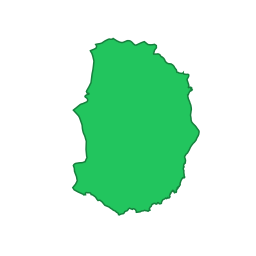 Kutai Barat, Kalimantan Timur, Indonesia (Albers equal-area conic projection), rotated 219°
{"feature_id": "22746128B93368126922918", "entity_name": "Kutai Barat", "entity_type": "district", "adm_level": 2, "iso_a3": "IDN", "parent_name": "Indonesia", "parent_adm1": "Kalimantan Timur", "projection": "albers", "projection_center": [115.749, -0.471], "detail": "fine", "context": "isolated", "style": "filled", "palette": "green", "viewbox_px": 256, "rotation_deg": 219, "n_neighbors": 0, "source": "geoboundaries", "source_scale": "gbopen_adm2", "svg_char_len": 5348}
<svg xmlns="http://www.w3.org/2000/svg" viewBox="0 0 256 256"><g transform="rotate(219 128 128)"><path d="M119.8,205.5L119.8,205.2L121.0,203.9L122.9,202.9L124.1,202.7L125.1,202.1L127.0,203.6L129.2,204.1L131.3,204.9L132.9,205.1L134.8,204.9L137.1,203.4L138.8,203.0L140.7,203.2L141.7,203.6L142.5,204.1L144.0,204.6L146.1,204.7L146.4,204.4L147.6,204.4L148.4,204.7L149.6,205.0L151.3,204.5L152.7,203.1L154.6,201.6L154.9,201.8L156.4,205.4L156.4,208.2L157.9,209.9L160.0,209.7L161.7,207.8L163.2,206.5L165.1,205.4L169.6,205.4L170.3,204.4L171.4,202.5L173.8,197.6L173.9,197.4L175.0,196.8L175.8,196.9L176.1,196.7L178.4,197.1L180.7,197.1L182.2,196.5L183.6,195.3L185.7,191.4L186.6,190.5L188.4,189.5L191.6,188.7L195.9,188.2L196.0,187.2L197.5,185.9L198.6,185.3L199.4,184.0L200.7,181.1L201.8,177.5L203.0,175.8L204.9,173.7L205.7,172.6L203.9,172.0L203.1,170.0L203.9,168.0L205.9,164.4L205.4,164.1L203.1,163.3L200.7,161.8L196.6,158.6L194.0,154.6L191.9,151.2L189.9,147.4L185.3,140.0L184.3,135.7L183.6,131.4L183.2,130.1L182.7,130.0L182.1,129.5L181.8,129.4L181.4,129.5L180.9,129.9L180.3,130.2L180.2,130.2L179.8,129.8L179.8,129.5L179.8,129.4L180.0,129.2L180.3,128.9L180.5,128.8L181.0,127.6L181.3,126.9L181.4,126.2L181.4,125.6L180.7,125.2L179.2,125.3L178.3,125.2L177.7,125.0L177.3,124.7L176.8,124.2L176.7,124.0L176.5,123.4L176.4,122.5L178.5,118.4L179.0,117.8L179.6,116.7L179.8,116.4L181.3,109.5L181.7,107.5L175.6,106.6L173.9,106.3L172.9,105.9L171.7,105.3L165.9,101.7L165.1,101.0L163.2,99.0L162.4,98.3L160.4,96.7L159.0,95.8L157.5,95.1L155.9,94.2L154.3,93.0L152.9,92.1L152.0,91.4L147.1,84.9L142.3,80.0L141.3,79.4L140.4,75.8L140.1,74.9L141.5,72.6L142.1,71.9L142.3,71.8L144.1,70.1L144.9,69.2L145.9,68.1L146.6,67.2L147.0,65.6L146.8,64.4L145.3,63.5L144.7,63.2L142.3,60.7L142.0,60.5L141.6,60.4L141.2,60.0L137.4,57.8L134.2,55.0L133.4,51.4L133.4,46.9L130.9,46.1L126.5,46.9L120.4,48.5L120.3,48.3L119.0,49.4L120.1,50.5L119.8,51.6L118.4,52.4L117.7,53.1L116.6,53.7L115.8,53.7L114.7,53.1L113.8,53.7L111.2,53.9L109.7,53.9L107.3,53.1L105.7,52.8L104.4,54.2L101.7,54.3L98.4,53.6L97.3,53.4L94.0,54.4L92.8,54.7L90.9,54.7L89.6,54.9L87.6,54.9L86.7,55.2L85.4,55.5L83.9,55.3L83.2,55.5L81.7,55.5L80.8,54.7L80.4,55.0L80.1,55.0L79.3,56.7L77.6,58.7L77.6,59.9L77.9,61.0L76.5,63.5L76.7,65.4L76.4,66.6L75.1,67.0L74.9,67.0L73.3,67.6L73.3,68.5L72.1,69.1L70.9,69.2L70.0,68.9L69.3,68.6L68.7,67.8L68.4,67.8L66.3,70.0L65.7,70.7L65.3,71.9L63.8,73.5L63.3,74.5L62.4,74.8L61.9,75.2L60.0,76.0L60.1,76.7L59.7,77.1L59.4,77.5L59.2,77.8L59.2,78.0L59.8,78.1L60.2,78.5L60.6,78.7L61.0,80.5L60.8,81.2L60.7,81.6L61.0,82.8L61.3,83.2L61.3,83.6L61.0,84.1L61.1,84.3L61.0,84.5L60.8,84.8L60.6,85.1L60.5,85.6L60.2,86.0L59.6,86.2L59.3,86.5L58.7,86.4L58.0,86.8L57.8,87.0L58.0,88.6L57.6,89.0L57.2,89.1L56.3,88.8L56.0,88.8L55.5,89.2L55.0,89.7L54.7,90.3L54.7,90.6L55.0,91.1L55.3,91.5L55.4,91.8L55.8,93.8L55.7,94.3L54.8,96.2L54.6,97.3L54.0,97.4L53.6,97.4L53.4,97.9L53.3,98.9L53.1,98.8L52.9,98.8L52.7,98.9L52.1,99.5L52.0,99.8L52.1,101.0L52.7,101.2L53.0,101.4L53.3,102.1L53.5,102.4L53.6,102.8L53.5,103.2L53.6,103.4L54.0,103.9L54.0,104.1L53.7,104.5L53.9,104.7L54.0,104.9L54.0,105.2L54.0,105.5L53.9,105.9L53.9,106.0L54.0,106.1L54.1,106.5L53.9,106.8L54.0,107.6L53.9,107.8L53.6,107.9L52.9,107.3L52.4,107.8L51.9,107.4L51.4,106.9L51.2,106.9L51.2,107.3L51.0,107.6L50.4,107.9L50.2,108.1L50.1,108.3L50.2,108.8L50.3,109.0L50.6,109.3L50.8,109.8L51.4,110.3L51.4,110.8L51.5,111.1L51.3,111.5L51.3,112.1L51.5,112.3L51.8,112.4L51.9,112.5L51.6,112.7L51.4,113.1L51.9,113.6L52.0,113.8L52.0,114.0L51.6,114.2L51.4,114.5L51.4,114.9L51.6,115.2L51.7,115.5L51.6,116.1L51.8,116.3L51.8,116.6L51.9,116.9L52.1,117.2L52.4,117.3L52.6,117.6L53.6,120.1L53.8,120.8L54.2,123.7L53.6,124.1L53.1,124.4L52.9,125.1L53.1,125.6L53.4,125.7L53.9,125.7L54.2,126.0L54.6,126.6L55.0,127.0L56.9,128.8L57.7,130.0L58.7,130.5L59.4,131.1L59.8,131.7L59.8,132.0L59.9,132.3L60.3,132.8L60.1,133.1L60.4,133.2L60.7,133.2L60.8,133.3L61.4,134.3L61.7,134.9L61.6,135.3L61.7,135.5L61.9,135.9L61.9,136.0L61.5,136.4L61.5,137.0L62.1,137.4L62.4,138.3L62.9,139.0L63.7,139.7L65.7,141.0L66.0,141.4L66.1,142.2L66.2,143.0L66.4,144.0L66.3,144.8L66.1,145.9L66.3,147.3L66.7,149.7L67.0,150.7L67.5,152.9L67.7,155.3L67.7,157.5L67.5,158.4L67.5,159.9L67.5,161.3L68.3,163.9L68.5,165.5L68.7,166.5L69.2,167.8L70.2,169.5L70.6,170.0L71.2,170.4L71.8,170.6L73.8,171.1L75.7,171.7L77.2,172.0L80.2,172.3L81.7,172.6L82.1,172.7L82.9,173.1L84.1,174.0L84.8,174.8L85.6,175.6L87.2,177.0L87.5,177.3L88.4,178.7L88.7,179.3L89.7,180.9L90.4,182.2L91.4,183.3L93.3,185.0L94.0,185.5L94.5,185.8L95.3,186.2L96.9,187.3L99.2,188.5L100.0,189.1L101.3,190.1L101.8,190.6L102.5,191.3L102.5,191.6L102.4,191.8L102.2,191.9L102.3,192.1L102.3,192.4L102.4,192.7L102.6,193.0L103.1,195.6L102.9,195.9L102.7,196.0L102.7,196.4L102.6,196.7L102.4,196.9L102.2,197.0L102.1,197.5L102.2,198.1L102.7,198.0L102.9,198.1L103.3,198.0L103.3,198.8L103.5,199.0L103.8,198.6L104.0,198.7L104.1,198.4L104.3,198.6L104.5,198.4L104.4,198.7L104.5,198.7L104.6,199.2L104.8,199.2L105.0,199.1L105.6,198.6L105.7,198.3L106.2,197.9L106.2,197.7L106.3,197.5L106.5,197.5L106.8,197.7L106.9,198.4L107.6,199.4L108.2,199.9L112.3,202.5L112.6,202.8L112.7,203.1L112.9,203.9L113.3,206.1L113.8,207.0L114.2,207.5L114.5,207.6L115.0,207.5L115.3,207.4L116.1,206.6L116.4,206.4L118.2,205.2L118.5,205.2L119.1,205.2L119.4,205.1L119.6,205.2L119.8,205.5Z" fill="#22c55e" stroke="#15803d" stroke-width="1.5"/></g></svg>